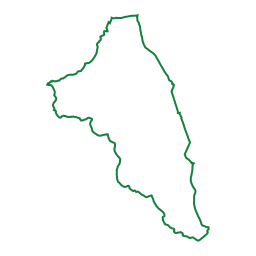 Bojacá, Cundinamarca, Colombia (Robinson projection)
{"feature_id": "7082276B91905392471943", "entity_name": "Bojacá", "entity_type": "district", "adm_level": 2, "iso_a3": "COL", "parent_name": "Colombia", "parent_adm1": "Cundinamarca", "projection": "robinson", "projection_center": [-74.318, 4.687], "detail": "fine", "context": "isolated", "style": "outline", "palette": "green", "viewbox_px": 256, "rotation_deg": 0, "n_neighbors": 0, "source": "geoboundaries", "source_scale": "gbopen_adm2", "svg_char_len": 5766}
<svg xmlns="http://www.w3.org/2000/svg" viewBox="0 0 256 256"><path d="M53.9,110.2L54.5,110.4L54.9,110.3L55.6,110.7L55.9,111.2L55.9,112.9L56.2,113.6L57.4,115.6L59.5,117.6L60.4,117.6L61.0,117.3L61.5,116.7L62.4,116.1L63.3,115.8L64.0,115.8L64.7,116.0L65.7,116.1L66.2,116.4L66.9,116.8L68.9,117.0L70.5,116.9L71.3,116.7L71.6,116.9L73.0,116.6L73.7,116.7L76.8,117.3L78.3,118.0L78.6,118.0L79.8,118.3L80.0,119.3L80.9,120.1L81.2,120.6L83.2,120.2L86.1,119.2L88.1,117.8L89.0,117.8L91.5,118.6L92.0,119.1L92.0,119.6L91.7,120.4L91.2,120.9L90.8,121.5L90.3,122.8L90.1,123.9L90.5,125.4L91.5,127.7L92.4,131.0L92.9,131.8L94.7,133.2L95.8,133.8L97.1,134.8L98.4,135.5L99.1,135.7L100.5,135.7L101.7,135.5L103.0,135.0L105.6,134.5L106.6,134.6L107.1,134.2L107.7,134.3L107.9,135.3L108.6,138.0L109.1,139.1L109.5,139.8L109.9,140.8L110.6,141.4L111.5,141.5L112.3,142.2L114.0,142.8L114.6,143.1L114.8,143.4L115.0,144.5L115.0,146.1L114.8,147.4L114.4,148.6L114.4,149.7L114.7,151.0L115.1,152.1L115.8,153.2L117.1,155.3L119.7,158.2L120.3,159.3L120.2,160.2L120.0,160.8L120.0,162.0L119.7,163.0L119.1,164.5L117.9,166.3L117.6,167.0L117.5,167.8L117.0,169.0L116.8,169.9L116.7,171.2L116.8,171.8L116.7,174.5L116.7,175.0L116.9,175.7L117.1,178.4L117.4,179.8L118.0,181.7L119.5,183.0L121.0,184.7L122.1,185.7L123.6,186.6L124.7,186.9L125.9,186.8L127.0,186.3L127.7,185.9L128.4,185.8L128.8,185.9L129.4,187.0L129.4,187.8L129.9,188.7L132.1,190.4L133.3,191.1L134.4,190.5L134.9,190.5L135.6,191.2L135.9,191.7L136.2,192.0L137.0,191.7L137.9,191.7L138.5,191.9L141.4,194.4L142.1,195.0L143.0,195.2L144.1,195.8L144.8,196.4L146.0,197.0L146.6,197.2L147.3,197.0L149.0,196.1L150.9,195.6L151.4,195.5L151.9,195.9L152.2,197.3L153.0,198.7L153.3,199.6L153.6,201.1L154.2,202.1L154.6,203.3L155.3,204.0L156.7,206.5L157.3,207.0L158.4,208.3L159.0,208.9L160.2,209.6L160.7,210.3L161.9,211.1L163.1,212.2L163.6,212.9L164.4,214.3L164.5,215.8L164.4,216.1L163.7,216.6L163.2,216.7L162.8,217.0L162.6,217.7L162.9,219.1L162.9,220.2L163.3,221.0L164.1,222.4L164.5,223.2L164.8,223.5L165.3,224.5L166.3,224.6L167.3,224.9L168.2,225.3L169.1,226.3L170.3,227.5L171.7,228.3L173.1,228.6L173.3,228.6L174.0,229.0L174.3,229.7L174.3,230.4L174.0,231.1L174.0,231.4L174.6,232.5L175.8,233.0L176.4,233.0L177.7,232.6L178.6,232.6L179.5,232.4L180.3,232.3L180.6,232.2L181.2,232.3L182.5,233.2L182.6,233.5L182.5,233.8L182.8,234.2L182.9,234.5L182.8,235.4L183.0,235.6L183.3,235.8L187.1,236.5L188.7,237.5L190.0,238.0L190.4,238.0L191.5,237.6L193.0,237.4L196.6,239.9L197.2,240.3L198.6,240.6L199.8,239.9L205.7,235.0L206.7,234.1L207.4,233.1L207.7,232.6L207.8,232.2L207.4,231.6L207.3,231.2L207.3,230.8L207.5,230.3L208.0,229.9L208.6,229.1L208.7,228.6L208.5,228.0L208.4,227.2L207.7,227.1L206.7,227.1L206.0,226.9L204.8,226.3L202.8,225.6L202.2,225.3L201.7,224.6L201.3,223.8L201.0,222.3L200.6,221.3L199.4,218.5L198.4,216.8L197.1,213.6L196.2,211.7L195.5,210.0L194.3,205.5L194.0,202.9L194.2,199.3L194.1,197.9L194.1,196.2L194.4,194.8L194.8,194.1L195.3,192.6L195.5,191.7L195.5,191.1L195.3,190.4L194.9,189.4L193.3,187.3L193.1,186.5L192.7,186.2L191.0,182.0L190.8,181.2L190.8,178.3L190.8,177.4L191.3,176.0L191.5,174.6L192.3,171.0L192.4,169.7L192.5,166.3L192.6,165.3L192.7,164.7L193.0,164.2L193.8,163.3L193.0,163.0L192.6,163.0L191.9,163.3L191.6,163.2L191.2,162.2L190.3,161.3L189.4,160.3L188.9,159.9L188.6,159.5L186.8,158.4L186.5,158.1L185.5,156.6L185.2,155.3L185.0,155.0L184.7,154.7L185.0,153.8L190.0,142.5L189.5,141.0L188.6,139.2L187.9,136.8L184.8,128.7L184.0,125.8L181.7,119.3L181.3,118.4L181.6,117.6L179.6,113.7L179.6,113.4L179.7,113.0L179.4,113.1L178.6,113.1L178.5,112.9L178.1,113.1L177.8,113.0L178.1,112.1L171.5,91.2L171.8,90.9L172.2,90.0L172.1,89.9L173.4,87.0L173.9,85.3L174.0,84.9L173.5,84.4L173.0,84.4L172.7,83.7L172.2,83.7L172.3,83.1L172.2,82.7L171.5,81.5L170.2,80.7L169.6,80.5L169.1,80.0L168.8,79.2L168.2,77.1L167.7,75.9L166.9,74.8L166.2,74.2L165.8,73.6L165.2,72.5L164.7,72.0L162.8,68.5L161.8,66.9L158.9,61.8L158.2,60.5L157.4,59.2L155.6,55.7L153.4,53.4L149.5,50.6L147.6,49.1L145.4,47.5L145.1,47.1L143.4,43.5L142.7,41.3L142.0,37.3L141.3,34.9L140.6,31.0L140.3,29.7L140.1,27.1L140.0,26.6L139.6,25.3L138.8,23.8L138.9,23.1L138.7,22.7L138.4,22.2L138.3,21.9L137.6,21.0L137.4,20.6L137.3,18.1L137.0,17.2L137.6,15.8L137.6,15.4L137.4,15.5L134.7,15.7L131.8,15.8L129.2,16.2L127.6,16.6L126.6,16.7L125.0,16.9L123.3,17.4L121.9,17.9L120.1,18.1L119.0,17.9L118.1,18.1L117.7,18.1L117.1,17.8L116.6,17.8L115.4,18.0L115.2,18.2L113.9,18.3L112.4,18.1L111.8,17.8L111.8,18.1L110.8,21.1L110.6,21.3L109.9,23.2L108.6,22.1L106.7,27.2L106.4,27.7L107.1,29.6L107.5,31.3L106.7,31.3L104.8,31.1L104.2,31.2L104.1,31.4L104.0,32.2L104.2,34.8L100.4,36.6L100.7,37.6L100.7,38.4L100.8,38.9L100.8,39.6L100.5,40.0L100.3,40.2L100.0,40.6L99.4,41.0L99.1,41.8L98.7,42.4L98.3,42.7L97.9,42.7L97.6,43.0L97.1,44.0L97.0,45.0L97.1,45.6L97.4,45.8L97.6,46.1L97.7,46.4L97.7,46.9L97.2,49.7L96.8,51.3L96.7,52.7L96.4,53.6L94.5,57.0L92.3,60.2L91.0,61.5L89.4,62.7L88.6,63.1L88.1,63.2L87.5,63.0L86.2,63.5L85.6,63.3L85.4,63.3L85.2,63.5L84.9,63.9L84.9,65.3L84.4,66.1L84.1,66.5L84.0,67.1L82.7,68.8L81.4,70.3L81.2,70.8L80.7,71.1L79.6,71.3L79.2,71.4L78.7,71.2L78.2,71.3L77.8,71.6L77.0,72.8L76.5,73.3L76.2,73.8L72.8,74.8L70.5,74.7L68.5,74.9L66.9,75.6L66.2,76.3L65.6,76.7L64.2,77.8L63.5,78.0L63.1,78.5L62.3,78.4L61.8,78.6L61.2,78.6L61.0,78.8L60.9,79.0L60.3,79.4L59.2,80.6L58.8,80.7L57.6,80.7L56.9,81.2L55.9,81.1L54.9,81.4L54.5,81.4L53.4,81.1L52.8,80.8L52.4,80.7L52.0,81.0L51.8,81.5L50.8,81.4L50.6,82.0L50.1,82.2L49.2,82.7L49.1,83.1L48.8,83.3L48.0,83.4L47.7,83.5L47.3,84.8L49.0,85.0L50.1,85.0L50.9,85.1L51.7,85.6L52.6,86.9L54.7,91.2L54.7,93.8L54.2,95.1L54.9,96.3L55.3,96.7L56.2,98.1L56.2,99.3L55.9,100.1L55.3,100.8L55.0,101.5L53.9,102.6L53.4,103.5L53.1,104.5L52.9,105.4L53.6,107.0L54.4,108.4L54.4,109.1L53.9,110.2Z" fill="none" stroke="#15803d" stroke-width="2"/></svg>